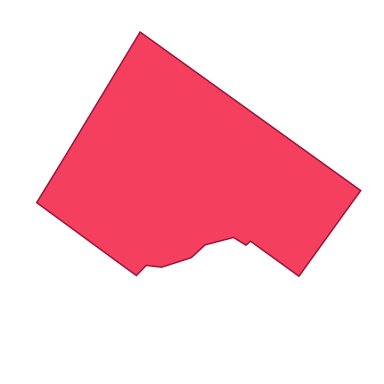 outline of Covington, Mississippi, United States of America, rotated 306°
{"feature_id": "52423323B85290148440084", "entity_name": "Covington", "entity_type": "district", "adm_level": 2, "iso_a3": "USA", "parent_name": "United States of America", "parent_adm1": "Mississippi", "projection": "equal_earth", "projection_center": [-89.603, 31.615], "detail": "fine", "context": "isolated", "style": "filled", "palette": "rose", "viewbox_px": 384, "rotation_deg": 306, "n_neighbors": 0, "source": "geoboundaries", "source_scale": "gbopen_adm2", "svg_char_len": 380}
<svg xmlns="http://www.w3.org/2000/svg" viewBox="0 0 384 384"><g transform="rotate(306 192 192)"><path d="M292.3,327.7L290.9,56.0L149.4,68.1L92.1,72.6L92.0,107.3L91.7,171.9L91.7,196.1L105.7,198.1L113.4,211.7L138.5,230.0L157.0,233.7L179.6,252.3L180.7,266.9L186.6,268.2L186.7,328.0L262.8,327.7L289.7,327.7L292.3,327.7Z" fill="#f43f5e" stroke="#9f1239" stroke-width="1.5"/></g></svg>